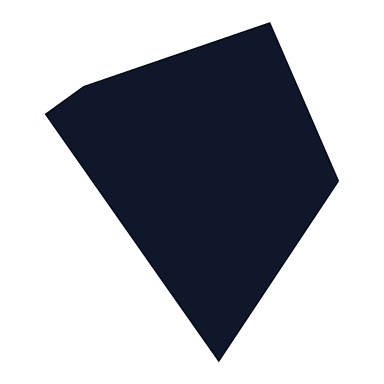 SVG path tracing the border of Transnistria
{"feature_id": "MDA-1638", "entity_name": "Transnistria", "entity_type": "District", "adm_level": 1, "iso_a3": "MDA", "parent_name": "Moldova", "parent_adm1": "", "projection": "robinson", "projection_center": [29.154, 47.261], "detail": "fine", "context": "isolated", "style": "filled", "palette": "ink", "viewbox_px": 384, "rotation_deg": 0, "n_neighbors": 0, "source": "natural_earth", "source_scale": "10m", "svg_char_len": 235}
<svg xmlns="http://www.w3.org/2000/svg" viewBox="0 0 384 384"><path d="M218.8,361.0L162.9,281.4L45.7,114.2L46.4,113.7L83.8,86.7L269.7,23.0L338.3,181.0L219.1,360.5L218.8,361.0Z" fill="#0f172a" stroke="#020617" stroke-width="1.5"/></svg>